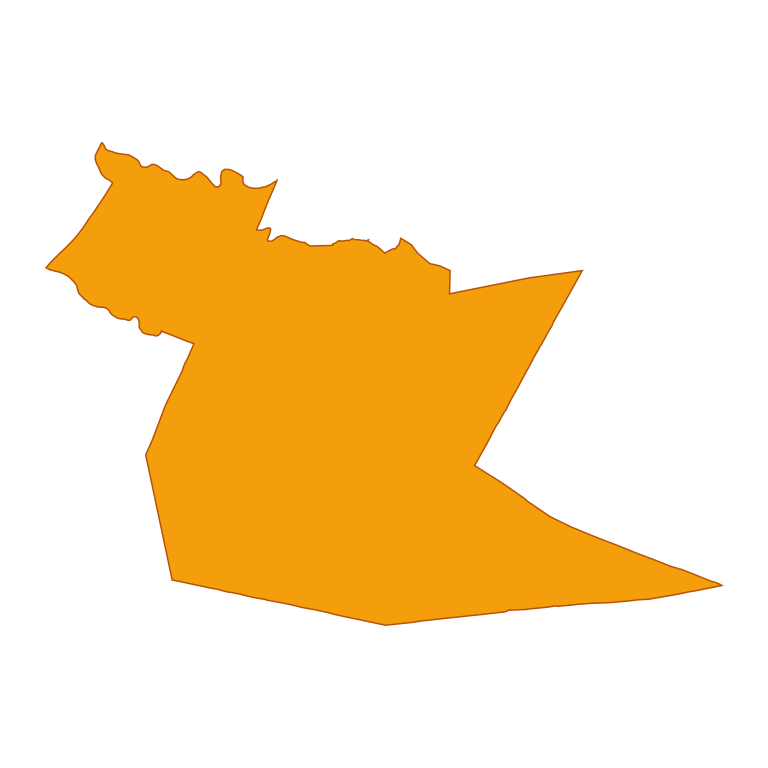 the district of Santa Lucía Ocotlán, Oaxaca, Mexico
{"feature_id": "50627088B69652036607409", "entity_name": "Santa Lucía Ocotlán", "entity_type": "district", "adm_level": 2, "iso_a3": "MEX", "parent_name": "Mexico", "parent_adm1": "Oaxaca", "projection": "mercator", "projection_center": [-96.672, 16.727], "detail": "fine", "context": "isolated", "style": "filled", "palette": "amber", "viewbox_px": 768, "rotation_deg": 0, "n_neighbors": 0, "source": "geoboundaries", "source_scale": "gbopen_adm2", "svg_char_len": 4735}
<svg xmlns="http://www.w3.org/2000/svg" viewBox="0 0 768 768"><path d="M582.3,270.6L530.5,277.7L530.0,277.7L503.7,283.0L497.2,284.3L492.0,285.3L477.5,288.2L473.2,289.1L470.0,289.7L460.5,291.6L458.5,292.0L449.5,293.8L449.8,284.3L450.1,270.6L439.6,265.8L429.8,263.6L417.6,253.1L411.3,244.7L400.8,238.3L399.3,244.1L395.0,249.0L392.6,248.9L387.4,251.6L385.0,253.2L383.1,251.7L380.0,248.7L376.6,246.2L373.0,244.5L369.7,242.2L367.9,241.2L368.4,239.9L366.1,240.9L364.0,240.3L361.8,240.4L359.9,240.0L358.2,239.6L356.0,239.8L354.2,239.5L352.3,238.6L349.4,240.5L347.2,240.3L342.7,241.1L338.5,240.7L335.9,242.7L332.6,244.1L332.6,245.4L313.2,245.9L310.0,246.0L304.6,242.5L301.7,242.3L295.1,240.3L292.2,239.2L284.7,236.0L281.4,235.6L276.9,237.3L274.7,239.4L271.5,241.2L269.6,241.2L267.7,240.7L267.3,239.6L268.1,237.6L269.6,234.1L270.1,232.1L270.7,229.2L270.2,228.3L269.0,227.9L267.5,228.0L261.9,230.2L257.9,230.1L256.8,230.1L256.7,230.1L256.8,229.6L256.7,229.0L259.3,223.4L261.6,218.0L266.9,204.2L268.0,201.5L268.6,199.9L268.7,199.7L273.3,189.5L276.9,180.5L270.4,184.5L267.1,186.0L265.2,186.8L263.7,187.2L262.3,187.1L260.3,188.0L256.2,188.4L252.4,188.2L248.9,187.3L245.6,185.6L243.6,183.8L243.3,182.6L242.8,180.1L243.0,176.8L238.3,173.6L232.7,170.7L228.8,169.4L224.4,169.4L221.7,171.7L220.7,177.0L221.0,183.8L219.0,186.7L215.4,187.0L212.1,183.5L206.7,177.0L203.9,174.8L200.6,172.2L198.7,171.6L196.8,172.5L193.5,174.6L191.8,176.6L188.3,178.8L184.0,179.8L179.9,179.5L176.9,178.8L174.7,177.1L171.6,174.2L168.4,171.4L166.4,171.1L163.8,170.4L159.2,167.0L157.4,165.7L154.2,164.4L151.7,164.5L149.5,166.0L147.1,167.0L144.1,167.3L141.4,166.5L139.8,164.4L139.3,162.2L137.5,160.1L136.0,159.1L133.2,157.3L130.8,155.9L128.7,154.8L122.8,154.2L122.3,154.1L116.5,153.2L111.6,151.5L108.0,150.6L105.5,148.7L103.6,144.4L101.8,142.8L100.9,143.9L100.1,145.8L99.1,147.7L98.0,150.0L96.8,152.4L95.7,154.6L95.2,156.7L95.3,157.1L95.3,159.1L96.0,162.0L97.1,164.5L98.2,166.5L99.1,168.4L100.3,171.6L101.7,174.3L104.9,177.6L107.4,179.2L109.4,180.1L112.7,182.9L106.2,193.5L103.6,197.5L95.2,210.1L94.2,211.6L87.8,220.5L82.9,228.0L76.4,236.4L70.6,242.7L66.5,246.9L55.2,257.7L50.8,262.1L46.1,267.7L49.5,269.7L52.3,270.4L53.3,270.6L57.0,271.6L58.6,271.9L61.9,273.0L64.0,273.9L65.8,275.1L68.1,276.2L69.8,277.6L72.6,280.5L74.3,282.1L75.2,283.6L76.1,284.6L77.1,286.5L77.4,288.6L77.9,290.8L78.5,292.4L79.6,294.2L80.9,295.6L82.7,297.3L84.1,299.0L85.9,300.1L86.4,300.5L86.8,300.9L88.0,302.2L89.5,303.5L91.1,304.6L93.3,305.5L95.2,306.1L97.7,306.9L99.6,307.1L101.5,307.3L103.2,307.3L104.6,307.6L106.4,308.4L107.8,309.2L108.7,310.0L109.3,311.1L110.3,312.9L112.2,314.9L114.6,316.4L117.2,318.0L119.8,318.8L122.5,319.0L124.6,319.2L125.9,319.6L127.4,320.1L128.9,320.4L130.0,320.2L131.2,319.3L132.1,317.9L133.2,317.1L134.5,316.7L136.2,316.9L137.6,318.1L138.7,320.3L139.3,323.0L139.2,325.5L139.3,327.5L140.2,329.0L142.7,332.6L145.6,333.9L150.7,334.9L152.6,334.8L154.6,335.7L155.8,335.9L157.4,335.7L159.9,334.2L161.0,332.3L161.2,331.1L162.1,331.5L177.6,337.5L179.4,338.2L181.2,338.9L185.6,340.7L188.5,341.8L189.0,341.9L193.9,343.7L186.7,360.3L186.0,361.4L185.1,363.1L184.1,365.2L183.0,368.3L182.0,371.4L167.9,400.1L165.2,405.9L160.6,418.0L160.4,418.6L152.4,439.8L145.7,454.8L172.2,580.1L176.4,580.8L190.5,583.8L204.7,586.8L206.9,587.4L218.1,589.4L218.7,589.6L220.6,590.2L224.3,591.2L229.7,592.4L230.7,592.3L233.7,593.0L241.0,594.3L242.3,594.9L249.4,596.5L251.9,597.1L257.2,598.2L260.3,598.6L265.3,599.5L267.1,600.2L275.0,601.6L282.0,602.9L290.5,604.6L302.6,607.6L314.7,609.7L328.8,612.8L334.2,614.3L341.7,616.0L373.1,622.6L379.5,624.0L385.5,625.2L412.4,622.4L423.6,620.6L426.1,620.5L448.2,618.0L460.1,616.8L471.8,615.5L481.8,614.5L488.7,613.7L505.3,611.8L507.8,610.7L508.4,610.2L525.9,609.5L527.3,609.2L547.2,607.2L555.8,605.9L557.8,606.3L576.2,604.6L577.3,604.3L589.9,603.5L590.3,603.3L606.0,602.8L610.0,602.6L616.7,602.0L618.7,601.8L624.1,601.4L638.2,599.8L649.0,599.2L666.4,596.2L677.8,594.2L679.0,594.0L687.4,592.1L690.7,591.6L692.1,591.4L696.5,590.6L721.9,585.5L720.0,584.3L714.4,582.0L712.1,581.6L681.3,569.3L681.2,569.5L677.9,568.5L675.9,567.8L671.6,566.7L655.2,560.2L646.0,556.7L634.7,552.4L617.9,545.6L606.1,541.1L604.1,540.4L592.1,535.6L589.7,534.6L571.2,527.0L552.8,518.0L549.7,516.4L528.1,501.7L523.9,498.1L502.8,483.4L474.6,465.6L487.1,443.3L489.5,438.7L493.9,430.0L495.6,426.9L496.5,425.5L497.2,424.4L498.4,422.8L499.7,420.4L500.6,418.9L501.2,417.6L501.9,416.2L502.8,414.8L503.6,413.3L504.4,411.9L505.5,410.7L510.1,401.5L510.2,401.1L514.7,392.9L516.1,390.6L520.7,382.0L532.6,360.1L533.2,358.6L539.2,348.1L539.6,347.5L540.2,345.6L541.1,345.2L548.8,330.9L549.4,330.0L552.0,325.8L553.0,322.8L562.5,306.2L581.9,271.2L582.3,270.6Z" fill="#f59e0b" stroke="#b45309" stroke-width="1.5"/></svg>